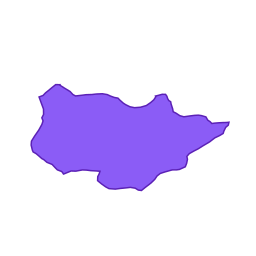 Sollentuna, Stockholm, Sweden, rotated 162°
{"feature_id": "70781695B54178975412741", "entity_name": "Sollentuna", "entity_type": "district", "adm_level": 2, "iso_a3": "SWE", "parent_name": "Sweden", "parent_adm1": "Stockholm", "projection": "equal_earth", "projection_center": [17.924, 59.447], "detail": "fine", "context": "isolated", "style": "filled", "palette": "violet", "viewbox_px": 256, "rotation_deg": 162, "n_neighbors": 0, "source": "geoboundaries", "source_scale": "gbopen_adm2", "svg_char_len": 1631}
<svg xmlns="http://www.w3.org/2000/svg" viewBox="0 0 256 256"><g transform="rotate(162 128 128)"><path d="M179.8,190.4L183.4,191.6L187.9,189.9L192.4,188.1L195.6,186.9L198.7,185.2L203.0,185.0L202.8,179.3L202.5,172.2L204.1,167.0L206.8,164.3L206.6,161.0L208.8,158.0L213.5,153.6L219.4,149.1L223.9,145.3L225.4,141.7L225.8,136.5L225.7,135.5L225.6,134.5L223.3,132.0L221.5,129.1L219.4,125.5L217.9,124.0L215.7,120.4L211.4,116.8L209.2,112.1L208.1,110.0L206.0,108.3L204.6,107.2L204.0,105.9L203.7,104.5L203.5,104.1L195.4,104.7L191.0,103.1L184.3,102.2L180.5,100.8L176.7,99.0L171.8,97.1L168.0,95.5L169.7,93.2L171.8,91.1L173.2,87.3L170.3,82.8L167.4,78.9L164.8,76.2L158.9,73.8L154.0,72.9L147.6,71.5L144.1,70.8L139.7,68.5L137.4,65.8L134.5,64.4L130.4,66.0L123.1,68.6L118.4,70.9L115.2,73.4L111.4,74.8L106.5,74.8L98.9,74.5L94.8,73.2L91.9,72.7L85.5,73.4L83.2,76.2L81.1,79.9L80.8,82.8L77.6,84.7L72.1,85.8L67.7,86.5L63.1,87.7L54.6,89.6L48.5,91.8L43.2,92.5L39.2,93.4L37.7,95.5L34.9,98.4L31.8,99.7L30.2,102.3L32.6,102.8L36.3,103.9L39.7,104.8L43.8,105.8L46.9,106.4L48.0,108.7L49.7,110.8L50.5,114.5L54.5,117.2L57.2,118.5L61.0,119.5L65.7,120.4L71.4,121.4L74.9,123.7L77.6,127.1L80.0,129.5L79.6,132.5L79.6,137.6L79.3,139.8L80.7,141.5L81.2,143.6L81.2,146.2L81.9,148.4L85.1,149.5L89.4,149.7L92.0,149.9L91.9,149.1L94.8,146.8L98.6,145.2L103.6,143.7L109.7,143.9L115.5,145.3L119.6,147.6L123.1,151.0L124.8,153.1L127.2,157.2L128.3,159.5L131.6,161.3L134.8,163.8L137.4,166.2L141.8,168.5L147.6,170.1L152.0,171.0L157.5,172.6L162.2,173.5L168.0,174.7L170.1,176.9L171.8,180.6L176.2,185.7L180.0,190.3L179.8,190.4Z" fill="#8b5cf6" stroke="#5b21b6" stroke-width="1.5"/></g></svg>